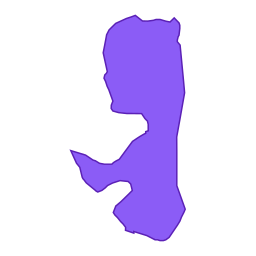 the district of El Mahalla El Kobra 2, Al Gharbiyah, Egypt
{"feature_id": "37247803B13399468350664", "entity_name": "El Mahalla El Kobra 2", "entity_type": "district", "adm_level": 2, "iso_a3": "EGY", "parent_name": "Egypt", "parent_adm1": "Al Gharbiyah", "projection": "albers", "projection_center": [31.148, 30.971], "detail": "fine", "context": "isolated", "style": "filled", "palette": "violet", "viewbox_px": 256, "rotation_deg": 0, "n_neighbors": 0, "source": "geoboundaries", "source_scale": "gbopen_adm2", "svg_char_len": 1486}
<svg xmlns="http://www.w3.org/2000/svg" viewBox="0 0 256 256"><path d="M185.2,209.2L176.8,185.7L176.8,177.6L176.8,152.1L176.7,137.0L179.8,119.9L184.6,92.8L183.6,81.7L180.1,45.1L177.3,41.7L177.3,40.1L177.9,37.7L178.1,36.8L179.0,35.2L179.8,28.6L179.8,25.3L179.0,22.9L174.2,17.9L170.0,22.0L165.9,21.2L160.1,19.5L156.0,19.5L153.5,20.3L147.8,21.1L142.5,21.0L135.3,15.4L131.3,16.9L126.4,18.5L115.7,23.4L111.6,27.4L109.1,29.9L106.6,34.8L106.2,37.2L104.8,44.6L103.2,52.8L107.3,71.6L106.4,73.3L104.8,74.9L104.0,78.2L105.6,81.5L107.2,86.4L108.8,89.7L112.9,101.1L111.3,105.2L111.2,108.5L112.9,111.0L118.6,112.6L126.8,113.5L131.0,113.5L140.0,113.6L141.6,113.6L143.3,116.1L144.9,118.5L146.5,120.2L147.4,121.0L148.2,124.3L148.2,130.8L145.7,131.6L145.7,133.3L144.0,134.1L139.9,136.5L137.4,138.1L132.5,141.4L125.7,150.6L119.3,159.3L116.0,161.0L113.5,162.6L111.8,164.2L104.4,164.2L99.5,163.3L95.4,160.8L92.9,160.0L85.6,155.1L70.8,150.6L76.5,163.2L79.8,167.3L82.2,177.2L83.0,178.8L83.8,179.6L86.3,182.9L95.3,190.3L96.1,191.1L97.8,192.0L101.9,190.4L105.2,187.9L107.6,185.5L112.6,183.0L120.0,180.6L128.2,181.5L130.7,184.0L132.3,190.5L128.2,194.6L120.7,201.9L115.8,206.0L115.2,207.6L113.3,212.5L114.9,215.0L117.4,217.5L120.7,221.6L123.1,224.0L125.6,227.3L125.5,230.3L133.8,233.1L133.8,231.5L146.9,235.6L155.1,239.8L157.6,239.8L160.0,240.6L163.3,240.6L165.8,239.8L169.1,237.4L170.0,236.1L177.4,225.2L179.9,221.1L181.5,217.0L184.0,212.1L185.2,209.2Z" fill="#8b5cf6" stroke="#5b21b6" stroke-width="1.5"/></svg>